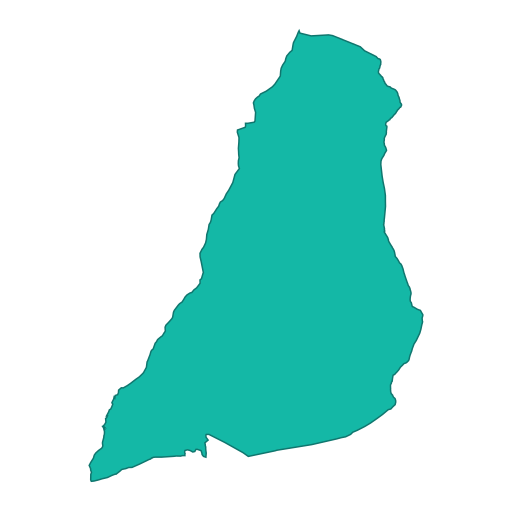 Vlahita, Harghita, Romania (orthographic projection)
{"feature_id": "2599482B50254025578700", "entity_name": "Vlahita", "entity_type": "district", "adm_level": 2, "iso_a3": "ROU", "parent_name": "Romania", "parent_adm1": "Harghita", "projection": "orthographic", "projection_center": [25.586, 46.382], "detail": "fine", "context": "isolated", "style": "filled", "palette": "teal", "viewbox_px": 512, "rotation_deg": 0, "n_neighbors": 0, "source": "geoboundaries", "source_scale": "gbopen_adm2", "svg_char_len": 6034}
<svg xmlns="http://www.w3.org/2000/svg" viewBox="0 0 512 512"><path d="M395.1,404.7L395.7,402.3L395.7,401.3L395.7,400.8L395.2,398.9L394.6,398.1L393.9,397.6L393.3,396.9L392.5,395.0L392.4,395.0L392.2,394.8L392.0,394.6L391.8,394.2L391.3,393.8L391.0,393.0L390.7,391.8L390.6,390.3L390.5,389.4L390.6,388.9L390.5,387.0L390.5,386.0L390.5,385.4L390.5,385.0L390.6,384.6L391.3,383.4L391.4,382.7L391.5,382.4L391.7,381.8L392.0,381.5L392.2,381.2L392.3,380.2L392.5,378.5L392.8,376.7L393.0,375.7L393.2,375.1L393.3,375.0L393.7,374.8L394.2,374.6L394.5,374.6L394.7,374.4L395.6,373.3L396.8,372.1L398.7,369.9L399.2,369.1L400.5,367.1L402.6,365.1L403.8,363.7L406.2,362.8L407.2,362.0L407.6,361.5L408.5,360.7L409.0,359.6L409.3,358.4L409.4,357.7L410.0,355.4L411.2,352.2L411.6,351.3L412.4,348.3L413.5,345.4L413.9,344.2L416.3,340.4L419.6,333.5L419.9,332.7L420.9,329.2L421.8,324.8L422.6,321.8L422.3,320.7L422.2,319.0L422.1,318.1L422.8,315.7L422.8,314.6L422.1,313.5L420.4,310.4L417.4,309.3L413.7,307.1L412.4,306.6L412.0,305.7L411.7,304.3L411.3,302.7L410.7,301.9L410.3,301.1L410.1,299.6L410.2,298.1L410.4,296.4L410.7,295.0L411.0,294.0L411.0,292.8L410.6,290.9L410.2,289.9L410.1,289.0L409.4,287.1L408.5,285.9L408.0,284.8L407.8,284.0L407.0,281.9L405.1,276.4L404.5,274.4L403.9,272.7L403.0,268.9L402.4,267.3L401.8,265.6L400.8,263.9L399.6,263.0L398.5,260.9L398.2,260.4L397.1,258.6L396.4,257.7L395.7,257.0L395.2,256.3L395.1,255.0L394.9,254.4L394.7,253.1L394.4,251.8L394.0,250.5L393.4,249.3L393.1,248.8L392.2,247.4L392.0,246.7L391.5,246.1L390.1,243.8L388.8,241.5L388.4,240.4L388.4,239.8L387.7,237.6L384.2,231.9L384.7,231.4L384.7,230.9L384.5,230.6L384.6,230.1L384.3,229.4L384.5,228.8L383.6,224.4L383.9,224.0L383.9,222.5L384.1,221.9L384.2,219.3L384.4,218.2L385.5,206.5L385.4,201.1L385.4,195.6L384.5,188.8L383.1,182.1L382.1,176.0L380.8,164.5L381.0,161.1L381.8,158.7L384.0,155.2L384.6,153.6L386.5,150.5L386.3,149.3L386.0,148.6L385.8,147.8L385.5,147.1L384.5,145.4L384.4,145.2L384.4,144.7L384.3,144.3L384.3,143.5L384.0,142.7L384.0,141.5L384.2,140.6L384.3,139.6L384.3,139.2L384.2,138.6L384.8,136.9L386.2,134.2L386.4,132.2L386.3,131.7L386.9,126.9L386.8,126.1L385.9,125.6L385.7,124.9L385.7,123.9L385.9,122.9L386.2,122.2L388.6,120.5L389.0,120.0L389.8,119.7L390.5,118.3L390.9,118.2L391.9,117.5L392.3,117.0L392.5,116.7L393.5,115.6L394.2,114.6L395.4,113.6L396.1,112.5L396.3,112.1L396.6,111.4L396.9,111.2L397.4,110.6L397.5,110.0L398.3,109.4L398.5,109.0L398.8,108.9L399.2,108.4L399.7,107.6L400.1,107.3L400.6,107.2L401.4,105.6L401.6,105.0L401.3,103.9L400.7,103.5L400.6,103.0L400.0,102.1L400.0,100.8L399.1,97.9L399.1,97.5L398.1,95.5L398.0,95.1L397.8,93.8L397.3,92.4L396.8,91.6L395.4,89.9L394.1,89.2L391.3,88.1L390.1,86.9L387.8,86.3L387.0,85.8L386.5,85.1L385.9,84.2L385.2,83.6L384.9,82.9L384.7,82.1L384.1,81.4L383.8,80.6L383.6,79.9L383.0,78.8L382.8,77.7L382.1,76.8L381.5,76.6L380.8,75.5L380.1,74.8L378.6,73.2L378.4,71.8L378.5,71.0L378.7,70.3L378.9,69.1L379.6,68.1L380.1,65.8L380.2,65.4L380.4,65.0L380.7,64.5L380.7,63.2L380.8,62.9L380.8,61.4L380.3,59.6L379.6,59.0L378.0,58.6L376.3,56.8L376.2,56.6L364.6,50.8L360.3,46.8L332.6,35.6L328.6,34.9L311.2,35.9L299.9,33.1L299.1,30.7L298.3,32.2L296.7,36.3L293.5,42.6L293.1,44.4L292.1,50.4L289.9,52.2L286.8,55.9L285.8,58.6L285.2,61.3L282.7,65.0L281.2,68.2L280.7,70.9L280.3,76.1L274.9,84.1L272.4,86.8L266.2,91.2L260.5,94.0L259.0,96.2L257.6,97.0L255.5,98.9L254.2,100.9L253.4,102.9L253.9,104.9L254.4,108.4L255.6,112.3L255.0,121.0L254.2,122.2L247.8,123.3L245.5,123.3L245.6,125.9L245.2,127.3L237.5,130.0L237.3,132.1L239.0,137.6L238.9,142.0L238.4,148.3L238.6,151.8L238.7,154.4L239.1,157.7L238.4,160.7L238.3,163.7L238.5,165.9L239.4,168.5L235.0,174.4L232.8,182.6L228.7,190.3L226.4,193.7L224.2,198.5L222.6,200.6L220.4,202.0L219.5,203.7L218.7,206.2L216.9,208.5L213.7,213.5L212.0,215.1L211.1,220.2L210.4,222.4L209.1,224.5L208.3,229.5L206.8,234.5L206.4,239.4L205.6,242.9L203.6,247.2L202.0,249.3L200.0,253.3L200.1,256.9L201.2,261.7L203.4,272.8L203.1,273.1L201.8,277.5L201.5,278.7L200.0,279.9L200.1,283.3L196.6,287.9L194.0,289.8L191.8,292.5L190.0,293.0L187.0,294.9L185.1,297.0L183.8,299.3L182.1,302.0L179.6,303.7L178.3,305.1L174.3,310.4L173.5,312.2L172.7,317.0L172.1,318.4L169.4,321.5L165.9,325.2L165.1,327.2L165.3,331.2L164.1,332.9L162.3,335.9L161.2,336.6L159.0,338.4L157.6,339.6L156.4,341.9L155.2,343.2L153.2,348.9L151.5,350.4L150.8,351.9L150.1,354.5L147.6,361.0L147.1,361.9L146.4,367.4L144.2,371.4L144.1,371.7L143.1,373.2L139.3,376.9L135.7,379.4L130.4,383.5L127.2,385.7L125.2,386.8L123.3,387.9L121.3,387.8L118.6,390.1L118.4,392.9L117.6,394.7L115.2,395.5L114.8,398.0L114.1,397.1L113.7,399.0L112.3,401.8L111.9,402.8L112.8,404.1L111.7,407.0L110.7,409.1L109.4,409.8L108.6,412.0L106.5,416.0L107.4,416.0L106.5,417.9L105.6,418.4L105.9,422.2L104.9,424.0L104.2,425.0L103.2,425.9L104.6,427.4L103.0,427.0L105.1,430.1L103.9,429.3L104.5,431.6L104.4,434.1L104.2,434.9L103.9,435.8L103.8,437.4L102.5,442.3L102.5,443.9L102.8,445.2L102.7,446.2L102.4,447.2L101.6,448.3L98.5,450.5L95.8,453.0L94.3,455.1L93.4,458.2L90.7,462.5L89.2,465.4L90.6,468.6L90.7,470.2L91.5,472.3L90.8,474.4L90.7,479.9L91.3,481.3L94.1,481.0L98.5,479.9L102.0,478.8L107.5,477.5L111.9,475.4L115.3,474.1L116.0,474.2L120.0,471.1L121.7,469.5L123.7,469.0L125.8,468.6L128.6,467.5L132.0,467.4L139.5,464.1L149.0,459.5L150.6,459.0L151.4,458.2L152.1,457.7L152.5,457.9L153.3,457.3L155.6,457.1L161.8,457.1L173.9,456.3L176.3,456.0L180.5,456.1L182.5,455.6L184.9,455.6L184.8,454.7L185.1,453.7L184.6,452.3L184.9,450.5L187.5,449.8L190.1,450.5L192.8,452.0L194.8,451.5L195.9,449.4L197.1,449.3L200.2,450.3L201.1,450.7L201.9,453.2L202.1,454.6L203.5,456.4L205.9,457.2L206.2,453.1L205.8,450.2L205.7,448.6L205.7,447.0L205.3,445.6L205.2,444.1L204.8,442.9L208.1,440.1L206.0,437.2L205.9,435.0L206.3,434.4L208.9,434.4L224.7,442.4L243.1,452.7L248.3,456.4L275.0,450.8L277.0,450.2L311.7,444.6L336.6,438.9L341.0,437.7L345.6,436.8L350.6,434.4L352.8,432.2L357.3,430.3L364.7,426.5L370.4,423.1L377.4,418.2L382.6,414.4L387.7,410.1L388.4,409.6L390.8,409.0L392.7,406.9L394.4,405.3L395.1,404.7Z" fill="#14b8a6" stroke="#0f766e" stroke-width="1.5"/></svg>